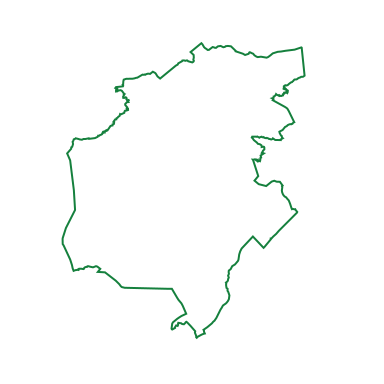 Tampamolón Corona, San Luis Potosí, Mexico, rotated 258°
{"feature_id": "50627088B27548444150283", "entity_name": "Tampamolón Corona", "entity_type": "district", "adm_level": 2, "iso_a3": "MEX", "parent_name": "Mexico", "parent_adm1": "San Luis Potosí", "projection": "robinson", "projection_center": [-98.758, 21.551], "detail": "fine", "context": "isolated", "style": "outline", "palette": "green", "viewbox_px": 384, "rotation_deg": 258, "n_neighbors": 0, "source": "geoboundaries", "source_scale": "gbopen_adm2", "svg_char_len": 6025}
<svg xmlns="http://www.w3.org/2000/svg" viewBox="0 0 384 384"><g transform="rotate(258 192 192)"><path d="M179.4,282.0L183.7,280.1L184.5,276.9L185.9,274.8L185.6,272.1L182.4,265.8L185.8,258.9L190.1,255.5L193.8,260.1L210.5,258.4L211.0,258.2L210.8,258.9L210.9,260.2L210.5,261.4L209.9,261.2L209.4,261.6L209.7,262.7L208.9,262.4L208.2,262.6L208.2,263.2L208.8,263.6L208.9,264.1L208.4,264.3L208.0,264.9L209.2,265.5L211.0,265.9L211.3,266.8L213.4,266.7L214.8,270.2L215.7,268.4L216.4,269.0L216.5,269.5L217.2,269.7L217.7,270.1L218.6,271.6L220.5,272.0L221.2,271.8L221.5,271.3L221.5,269.5L222.4,269.7L223.3,269.6L224.6,268.3L225.5,266.4L226.8,265.8L229.9,263.3L232.1,262.4L232.8,261.8L233.6,262.4L232.9,265.8L232.6,266.5L232.7,267.4L231.1,269.2L231.5,270.0L231.6,271.6L231.2,271.8L230.6,273.0L230.8,273.5L229.9,274.2L229.2,275.7L229.4,276.4L228.3,278.1L227.9,278.3L227.5,279.5L226.9,280.3L227.1,281.9L227.6,282.3L225.6,284.2L224.4,289.3L224.8,289.2L225.7,292.0L226.4,291.4L228.2,291.4L228.7,290.8L231.5,290.0L232.8,290.0L233.8,293.5L236.3,296.6L236.7,298.3L237.5,299.5L238.1,302.1L238.3,302.0L237.7,302.7L237.6,303.1L237.9,303.7L237.8,304.4L238.9,305.6L239.0,306.5L251.0,303.5L253.7,302.6L254.6,301.9L256.0,300.5L265.0,290.1L265.6,291.0L266.1,291.0L267.0,289.9L267.1,290.9L267.3,291.3L268.4,291.7L268.3,292.2L269.0,293.4L269.5,293.7L270.1,293.5L269.6,293.9L269.7,294.2L270.3,294.6L269.2,295.4L268.9,295.9L268.8,296.6L267.9,297.1L267.7,297.4L267.9,297.8L268.1,297.9L267.6,298.3L267.6,298.9L267.3,299.7L267.9,300.8L267.7,301.2L268.2,301.5L268.8,301.4L269.2,302.2L269.0,302.6L269.2,303.0L270.0,302.9L270.0,303.7L269.7,304.9L268.9,305.7L270.0,306.5L270.7,306.5L271.1,306.8L271.3,306.7L271.2,306.3L271.8,306.2L271.9,305.8L271.7,305.4L272.7,305.4L273.1,304.7L273.5,305.0L274.2,304.1L274.0,303.5L273.7,303.3L273.9,303.1L274.5,303.8L274.7,304.3L275.0,304.4L275.5,304.3L275.5,303.9L275.3,303.6L276.3,303.8L276.9,305.0L277.0,305.6L276.5,306.8L276.8,308.1L277.4,309.0L278.6,311.5L278.7,312.7L279.2,313.3L279.5,314.1L280.1,314.7L280.7,315.6L280.4,317.7L280.7,318.6L281.1,319.2L281.5,320.8L281.5,321.5L282.0,322.8L281.7,323.9L281.7,324.8L282.4,326.3L310.4,329.3L310.7,329.0L309.9,322.0L310.7,312.7L310.9,308.2L311.3,305.0L310.8,299.8L309.4,297.2L308.2,294.6L307.9,292.9L310.0,287.6L310.3,284.3L311.0,283.2L312.7,281.5L314.5,280.6L315.8,278.7L316.3,278.3L316.7,277.5L316.6,277.1L315.4,276.1L315.0,272.4L316.7,270.5L320.5,264.0L320.8,264.2L326.4,260.4L327.4,257.5L327.6,255.2L327.1,254.3L327.1,252.7L328.9,250.4L329.1,247.7L328.0,245.4L328.1,245.2L328.3,244.4L329.1,243.2L329.5,242.3L327.5,238.1L327.7,236.8L328.9,235.9L329.9,234.8L331.2,233.9L334.3,232.9L335.6,232.1L329.2,219.7L325.7,222.1L323.1,221.7L321.1,220.8L319.9,221.1L319.1,220.4L318.7,219.2L320.7,215.4L321.1,215.2L321.8,214.5L321.7,212.8L322.4,211.5L322.6,209.9L322.0,209.5L320.7,205.3L319.6,204.5L319.0,202.5L309.6,184.4L312.2,182.3L315.5,181.1L316.2,180.6L317.8,178.7L316.2,175.5L316.6,174.7L316.9,173.5L316.8,171.6L316.4,170.9L316.8,170.0L316.6,169.4L317.1,168.0L315.2,162.3L315.3,161.2L315.1,159.2L315.2,157.1L316.4,151.3L316.1,148.6L314.7,147.9L311.6,147.0L311.4,146.5L310.2,146.8L309.7,146.4L310.4,139.5L309.7,138.7L308.9,140.1L308.2,140.5L307.5,140.2L307.5,138.9L306.1,138.6L306.0,140.0L306.5,140.9L306.5,143.0L306.3,143.5L305.6,144.4L302.2,146.0L301.8,145.5L301.2,145.5L301.2,145.9L299.7,144.5L298.4,144.3L298.1,145.2L298.5,146.6L298.3,147.1L297.3,147.6L296.5,147.1L294.9,147.7L295.2,148.6L295.2,149.1L294.7,149.2L294.0,148.1L293.2,148.4L293.3,147.6L293.6,147.3L291.9,144.9L290.9,144.8L288.4,146.2L287.4,145.4L286.9,145.4L286.7,146.7L285.5,146.5L285.3,144.8L285.4,143.3L284.9,142.8L283.5,142.2L282.7,138.5L283.2,137.9L281.4,136.9L280.9,135.5L280.1,134.6L279.8,133.5L278.8,133.1L279.0,132.0L277.7,130.5L277.1,129.9L276.9,130.5L275.3,130.0L274.7,129.6L274.7,128.4L273.6,128.1L273.6,126.1L269.8,122.1L269.6,121.1L270.2,121.1L270.0,120.3L269.3,119.5L268.8,119.2L269.5,118.9L269.4,117.5L268.7,117.0L268.2,117.2L268.0,116.4L267.7,116.2L267.4,116.2L267.0,115.5L266.8,113.8L266.3,113.0L266.6,111.9L265.6,111.2L264.9,108.3L265.4,102.3L266.0,102.2L266.0,98.7L266.4,96.8L266.0,95.2L266.9,92.8L267.3,92.3L268.7,89.4L268.4,89.1L268.1,87.3L266.8,86.6L265.8,85.6L265.2,85.7L263.6,85.6L261.1,84.2L260.8,83.2L259.4,82.8L255.7,77.9L248.3,79.4L218.2,76.8L198.9,73.9L198.5,73.7L183.0,61.2L173.7,55.9L172.7,55.6L167.9,54.7L166.5,55.3L151.3,58.8L145.5,59.4L142.1,59.4L139.5,59.8L139.8,61.7L139.7,63.1L139.7,64.0L139.3,64.6L139.4,64.9L140.2,64.9L140.4,65.6L139.9,67.9L139.2,69.7L139.4,70.4L140.2,70.8L140.5,71.4L140.7,72.3L140.6,73.9L141.1,74.3L140.9,75.4L140.4,76.2L138.9,79.5L139.4,82.7L138.7,83.9L135.9,86.3L133.4,83.3L131.5,90.2L121.1,99.0L117.0,101.7L114.6,102.8L113.6,103.6L112.3,106.3L102.7,146.7L101.5,152.2L91.6,155.5L89.2,156.4L85.3,158.5L82.5,159.3L74.1,161.0L72.9,155.9L72.0,153.5L71.0,151.1L68.5,146.3L67.4,145.3L62.7,143.6L61.9,143.7L61.6,144.1L62.5,147.0L62.9,146.9L64.8,148.8L64.0,150.1L64.9,150.8L66.2,151.0L66.9,151.4L65.8,154.2L64.9,154.9L64.3,156.6L65.1,157.9L66.0,158.9L66.2,159.5L65.4,160.2L61.4,162.7L55.1,166.2L53.8,165.6L50.4,166.2L49.0,165.9L48.4,166.3L49.2,167.4L50.5,171.8L50.9,174.0L50.9,175.1L52.8,174.7L54.1,174.9L54.8,174.6L56.6,178.9L59.4,184.2L60.7,185.8L61.4,187.2L63.8,189.7L71.0,195.4L72.7,197.1L73.9,198.1L74.6,198.8L75.9,201.9L76.4,202.7L77.8,204.4L79.5,205.8L83.1,207.1L86.8,206.7L88.0,206.2L89.9,206.7L91.0,205.8L94.1,206.0L95.3,206.5L96.3,206.3L97.2,208.1L98.3,208.9L99.3,209.2L100.7,210.2L102.6,209.9L104.3,211.1L106.1,211.2L107.5,211.7L108.5,213.8L111.1,215.9L112.2,219.0L115.1,222.7L116.2,223.4L121.1,225.2L123.9,226.8L126.4,228.8L135.8,242.3L122.5,250.4L123.2,251.5L129.3,259.2L130.2,259.3L130.2,259.9L129.9,259.9L131.5,262.1L133.5,265.6L136.0,268.9L150.0,290.4L150.6,290.8L152.9,289.6L153.7,289.4L153.7,288.7L154.5,287.1L154.4,286.2L156.1,285.9L160.1,285.5L163.6,284.9L166.2,283.4L167.1,283.1L168.0,282.0L168.8,281.4L169.9,280.8L171.1,280.4L173.1,280.1L174.8,280.2L177.9,281.3L179.0,281.2L179.4,282.0Z" fill="none" stroke="#15803d" stroke-width="2"/></g></svg>